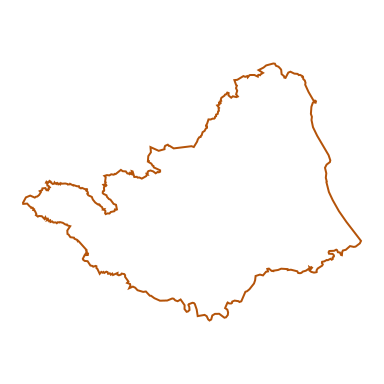 Actopan, Veracruz, Mexico (Albers equal-area conic projection)
{"feature_id": "50627088B39480353913545", "entity_name": "Actopan", "entity_type": "district", "adm_level": 2, "iso_a3": "MEX", "parent_name": "Mexico", "parent_adm1": "Veracruz", "projection": "albers", "projection_center": [-96.592, 19.561], "detail": "fine", "context": "isolated", "style": "outline", "palette": "amber", "viewbox_px": 384, "rotation_deg": 0, "n_neighbors": 0, "source": "geoboundaries", "source_scale": "gbopen_adm2", "svg_char_len": 5930}
<svg xmlns="http://www.w3.org/2000/svg" viewBox="0 0 384 384"><path d="M304.8,80.5L303.3,79.1L303.0,76.9L302.3,77.0L302.2,76.0L300.0,74.9L298.8,75.1L297.6,73.9L294.3,73.6L290.4,71.7L288.3,72.6L285.5,77.9L284.3,77.6L284.1,76.3L281.6,74.1L281.2,69.9L280.5,68.8L278.5,66.7L275.9,65.7L274.9,63.7L273.3,63.5L266.2,65.4L263.5,67.6L258.6,70.1L263.0,72.9L260.7,74.3L260.1,75.2L258.9,74.8L258.0,75.2L257.8,76.6L254.4,75.0L250.5,75.0L249.5,75.2L247.7,77.4L247.2,76.1L245.2,76.8L243.4,76.1L237.3,79.8L234.4,80.1L236.1,85.0L236.9,85.6L236.0,88.1L237.2,90.8L236.1,94.3L237.8,96.5L236.4,97.1L232.8,96.3L231.2,97.7L228.5,95.4L228.6,93.0L227.3,92.6L226.2,94.3L225.0,94.6L224.4,95.7L221.4,97.8L220.8,99.5L221.2,100.9L220.0,101.4L220.7,103.1L220.3,103.5L219.0,103.0L219.1,104.8L217.2,105.4L219.1,107.9L218.6,108.4L218.9,110.8L218.1,111.4L217.7,113.9L216.1,114.6L216.1,116.2L215.1,116.7L214.8,118.1L214.0,118.7L212.7,118.6L210.7,119.5L208.5,119.4L207.1,123.7L206.0,125.5L206.1,126.1L207.0,126.3L207.0,127.8L205.9,128.4L204.6,130.9L202.6,132.2L201.6,135.4L200.9,135.9L200.6,137.0L199.3,137.2L197.8,139.4L197.1,141.6L193.8,147.0L191.5,146.2L173.7,148.4L169.5,145.8L168.9,145.9L167.8,144.7L165.2,145.8L164.5,147.4L164.5,149.2L158.7,150.8L150.5,147.1L150.9,152.3L148.3,156.1L147.9,161.3L148.8,161.2L148.7,162.1L151.3,163.6L152.6,165.7L153.4,165.9L153.8,167.4L160.1,170.3L160.1,171.7L158.8,172.3L157.8,171.9L155.7,173.3L153.2,171.4L150.5,170.5L148.4,171.1L147.7,172.0L147.7,173.4L146.9,173.5L147.5,174.5L146.7,174.3L146.9,174.9L146.2,176.1L141.8,178.6L139.4,177.5L137.6,177.6L136.8,176.8L134.3,177.0L132.6,171.4L131.7,171.1L132.5,174.5L131.3,174.1L131.2,172.5L129.7,174.0L129.3,173.3L129.0,173.8L127.3,173.4L125.8,171.4L122.7,171.2L120.9,169.9L115.6,174.1L114.7,173.9L113.8,174.7L111.2,174.3L109.4,175.4L107.0,175.1L104.4,175.9L105.7,177.3L105.1,181.7L105.6,182.2L105.2,182.5L105.3,183.6L106.4,185.3L105.9,185.9L104.6,184.6L103.4,184.8L104.5,186.3L103.9,187.8L104.2,190.3L103.9,191.0L102.9,191.3L102.7,193.0L103.5,193.9L106.5,195.3L106.9,196.7L109.0,199.1L110.4,199.6L113.6,203.9L116.0,204.8L116.8,208.8L116.9,209.3L116.1,209.3L115.9,209.8L114.9,209.5L114.4,211.2L110.8,212.0L109.5,213.5L107.5,213.4L105.7,214.1L105.1,213.2L105.4,211.0L104.7,210.0L103.2,209.7L103.7,209.2L102.8,209.3L102.1,207.2L99.2,205.0L99.5,204.6L98.9,204.2L97.8,204.4L95.2,202.5L92.8,199.5L91.8,196.9L88.3,195.3L87.3,193.8L88.0,193.1L87.5,191.7L86.3,190.7L87.1,189.8L86.9,189.1L84.8,189.1L82.0,187.9L81.0,188.4L79.3,187.5L78.9,186.2L77.1,186.3L73.6,185.1L73.3,185.5L70.0,183.8L69.7,184.3L67.8,184.5L67.5,184.0L65.4,183.5L61.5,183.7L60.9,183.2L60.3,184.1L60.0,183.5L58.4,183.6L58.8,185.0L57.3,183.1L56.5,183.8L56.1,183.2L55.3,183.6L54.5,182.5L54.0,183.6L52.9,184.0L51.4,183.0L51.3,182.4L50.0,182.0L50.3,181.4L49.5,180.9L48.1,182.7L46.5,181.7L46.0,182.7L47.0,182.9L47.4,185.6L48.4,185.8L49.8,187.4L48.7,188.0L48.8,189.2L47.9,189.4L48.0,190.3L46.5,190.2L45.4,188.1L42.4,188.4L42.1,190.1L39.8,191.1L40.9,192.1L39.2,194.9L37.3,196.5L35.8,196.8L34.8,197.6L30.2,195.6L25.9,197.4L23.0,202.8L23.2,203.9L27.2,203.6L29.8,206.5L31.5,207.4L31.4,207.9L32.7,207.9L32.7,208.5L33.9,209.1L33.4,210.1L34.5,210.3L35.5,212.1L36.4,214.2L35.9,215.1L37.9,216.6L38.9,216.0L41.8,216.2L44.5,219.0L45.4,217.3L46.1,218.8L47.8,218.6L48.1,219.3L47.3,220.3L48.5,220.1L49.0,221.1L50.2,220.4L50.5,222.0L52.2,221.4L53.3,222.5L55.8,222.4L56.8,223.2L57.9,222.2L59.4,222.5L59.9,222.1L62.8,222.8L65.4,224.5L66.9,224.5L67.2,225.3L70.2,226.2L67.3,230.5L67.5,234.0L68.6,234.6L70.4,237.2L74.0,237.7L74.5,238.8L76.8,239.7L77.6,240.9L77.8,240.5L79.0,241.6L86.6,250.1L86.1,250.8L86.8,251.8L86.0,253.1L86.8,252.9L88.0,253.5L87.8,255.0L84.6,255.2L82.8,258.9L83.3,259.9L84.7,260.9L87.6,261.2L90.4,265.5L92.6,266.0L93.2,266.7L95.7,265.9L96.4,266.2L96.5,268.2L97.4,268.9L99.7,273.8L101.3,271.9L102.7,272.7L103.5,272.0L104.3,272.9L106.3,271.7L107.5,272.1L108.1,273.8L109.8,273.3L110.8,274.7L112.3,273.6L113.0,275.0L117.5,273.0L117.4,274.6L118.9,275.3L120.9,274.6L121.6,273.6L124.3,274.1L125.1,275.2L125.1,276.9L128.4,281.5L127.1,282.9L130.0,284.0L130.4,285.5L129.2,288.2L132.9,286.6L135.2,287.7L137.5,290.2L143.2,291.9L145.9,291.5L149.8,295.7L151.1,295.8L154.4,298.2L160.0,300.7L167.3,300.5L172.2,298.5L173.6,298.7L175.3,300.4L177.7,301.2L180.6,299.5L184.6,305.2L184.5,309.0L186.6,311.8L187.9,311.5L189.5,310.0L189.3,306.9L188.4,304.9L188.8,304.2L192.4,302.8L193.8,303.0L194.8,304.0L196.7,309.6L197.7,316.1L204.6,314.9L206.7,316.2L208.2,319.4L209.5,320.5L211.2,319.5L212.3,315.5L214.9,313.9L219.2,313.8L224.4,317.7L226.0,317.3L227.8,315.0L228.1,312.4L227.3,309.6L225.1,308.1L227.3,303.0L227.7,302.5L229.0,303.4L231.1,303.5L232.0,302.9L232.2,301.6L234.6,300.6L238.5,301.2L239.4,302.0L241.3,301.3L245.4,291.8L247.1,291.2L249.5,289.2L254.0,283.5L255.1,280.3L255.6,276.0L259.9,274.6L263.0,275.4L266.0,271.8L268.0,271.4L267.3,268.9L268.9,268.6L271.6,270.9L273.3,271.1L273.3,270.7L278.0,270.0L281.2,268.7L287.6,269.1L287.7,270.1L290.9,269.7L297.3,271.3L298.2,273.0L300.1,273.2L301.5,272.8L302.8,271.6L305.9,270.7L309.6,268.2L309.4,267.2L310.2,267.8L311.2,267.1L312.0,267.7L309.6,270.6L311.3,271.9L314.0,272.6L316.0,272.3L316.7,272.0L316.6,270.3L317.7,268.5L322.2,265.6L322.8,264.4L321.9,263.0L322.1,261.8L324.2,261.4L326.7,260.0L327.8,260.2L330.4,258.8L331.7,259.7L332.8,258.9L332.6,257.5L333.9,256.5L333.9,255.3L332.6,253.9L329.0,253.7L328.6,252.2L329.3,251.0L334.1,250.8L336.2,249.7L337.1,250.2L337.9,252.2L339.9,252.5L341.1,255.0L341.9,255.2L342.2,252.0L342.9,250.5L345.8,249.8L350.0,246.1L353.8,246.9L355.6,246.6L359.8,243.4L361.0,240.9L346.4,221.9L338.9,211.1L332.7,200.1L328.9,192.0L326.4,182.1L326.8,181.7L325.8,177.8L326.3,173.3L325.0,167.8L326.6,164.6L329.9,162.1L330.3,160.3L328.6,155.2L317.2,135.8L313.0,127.2L311.5,120.0L311.9,116.8L310.9,113.9L311.4,106.8L312.8,102.8L313.5,102.2L315.6,102.7L316.0,101.3L315.1,100.6L313.6,100.7L308.6,92.1L305.2,84.7L305.5,82.8L304.8,80.5Z" fill="none" stroke="#b45309" stroke-width="2"/></svg>